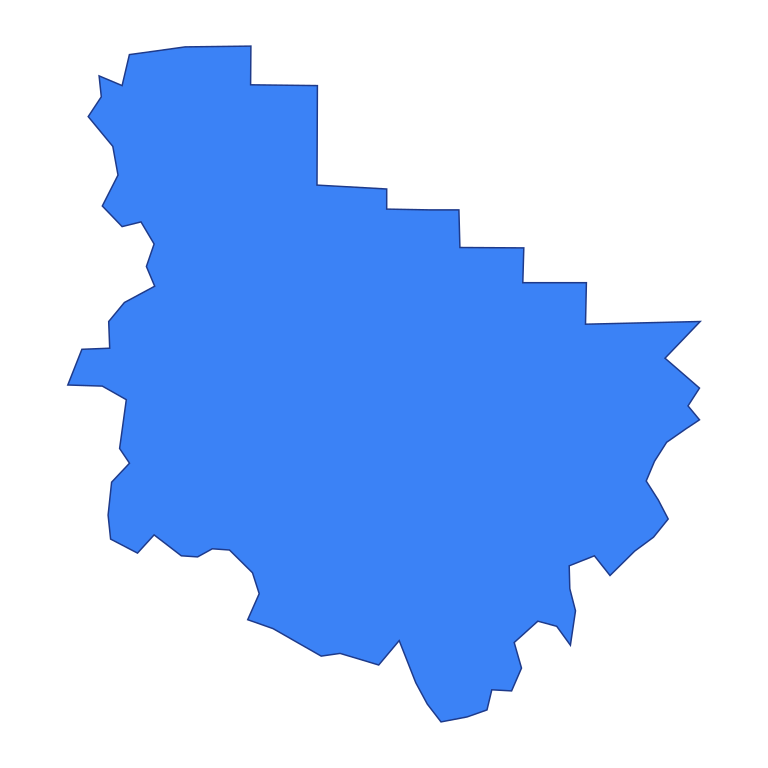 the district of São Domingos do Sul, Rio Grande do Sul, Brazil
{"feature_id": "56859067B37550395927490", "entity_name": "São Domingos do Sul", "entity_type": "district", "adm_level": 2, "iso_a3": "BRA", "parent_name": "Brazil", "parent_adm1": "Rio Grande do Sul", "projection": "natural_earth1", "projection_center": [-51.868, -28.537], "detail": "fine", "context": "isolated", "style": "filled", "palette": "blue", "viewbox_px": 768, "rotation_deg": 0, "n_neighbors": 0, "source": "geoboundaries", "source_scale": "gbopen_adm2", "svg_char_len": 1128}
<svg xmlns="http://www.w3.org/2000/svg" viewBox="0 0 768 768"><path d="M441.0,721.9L467.2,716.9L487.0,709.9L491.8,689.8L511.6,690.9L521.5,668.1L514.2,642.5L537.8,621.2L556.7,626.3L570.4,645.2L575.5,610.8L569.8,588.7L569.2,565.8L594.4,555.8L610.0,575.5L634.7,551.1L653.5,537.2L668.2,519.0L658.3,500.0L646.2,481.0L654.5,461.3L666.6,442.3L686.1,428.7L699.5,419.8L688.0,405.9L699.5,388.1L665.0,358.2L700.2,321.5L585.5,324.2L586.4,282.7L522.8,282.7L523.8,247.9L459.9,247.5L458.9,209.9L430.2,209.9L386.7,209.1L386.7,189.0L317.0,185.1L317.4,85.6L250.6,84.8L250.9,46.1L185.1,46.9L129.4,54.6L122.1,85.6L99.1,75.9L101.3,96.8L88.2,116.6L112.8,146.4L118.0,175.1L102.3,206.0L122.1,226.6L141.0,221.9L154.1,244.0L146.4,266.5L154.7,286.2L124.4,302.5L108.7,321.5L109.7,348.2L81.9,349.3L67.8,385.0L102.3,386.1L126.3,399.7L119.6,448.5L129.5,463.2L111.6,482.2L108.1,515.1L110.6,539.1L137.5,553.1L154.1,534.9L181.3,555.8L197.6,556.9L212.3,548.8L229.5,550.0L252.5,572.8L259.2,593.7L247.7,619.7L273.0,628.6L321.2,656.1L340.1,653.4L378.7,665.0L399.2,640.6L415.8,682.8L427.3,704.1L441.0,721.9Z" fill="#3b82f6" stroke="#1e3a8a" stroke-width="1.5"/></svg>